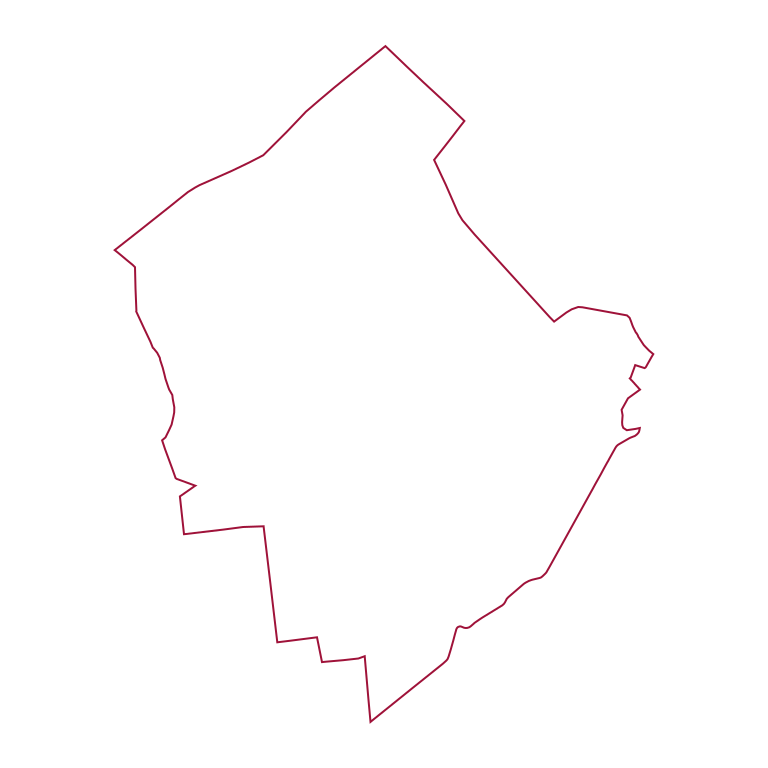 outline of Maldaeni, Teleorman, Romania
{"feature_id": "2599482B94583285003056", "entity_name": "Maldaeni", "entity_type": "district", "adm_level": 2, "iso_a3": "ROU", "parent_name": "Romania", "parent_adm1": "Teleorman", "projection": "orthographic", "projection_center": [24.922, 44.112], "detail": "fine", "context": "isolated", "style": "outline", "palette": "rose", "viewbox_px": 768, "rotation_deg": 0, "n_neighbors": 0, "source": "geoboundaries", "source_scale": "gbopen_adm2", "svg_char_len": 2941}
<svg xmlns="http://www.w3.org/2000/svg" viewBox="0 0 768 768"><path d="M179.9,496.4L184.0,534.2L186.0,534.0L223.3,529.6L243.1,527.0L263.6,526.3L263.6,526.5L270.3,582.8L277.3,642.3L289.6,640.8L317.0,637.3L322.0,662.1L323.9,661.9L327.0,661.6L343.1,660.2L358.4,658.5L364.7,656.2L368.4,698.9L370.5,721.9L373.8,719.2L412.8,687.8L443.0,663.6L446.3,660.6L447.5,659.2L447.9,658.3L448.6,656.6L450.8,649.4L453.1,641.2L453.2,640.9L454.9,634.4L456.1,630.2L456.2,629.6L456.7,628.5L457.0,628.0L457.1,627.9L457.3,627.6L458.2,626.9L458.9,626.7L459.7,626.4L460.5,626.4L461.3,626.6L463.0,627.3L463.9,627.7L464.9,627.9L465.8,628.0L467.3,627.9L468.5,627.5L469.2,627.3L470.1,626.7L470.8,626.2L473.7,623.7L473.9,623.5L474.5,622.9L479.6,619.4L482.3,617.6L502.5,605.2L503.3,604.4L504.0,603.8L505.1,602.1L506.6,599.1L506.8,598.8L507.0,598.6L507.6,597.9L508.5,597.0L522.8,584.7L524.0,583.7L525.7,582.6L527.6,581.6L528.7,581.0L529.5,580.7L531.1,580.1L532.4,579.7L539.5,578.0L540.7,577.6L541.5,577.1L542.8,576.0L545.0,573.9L546.3,572.5L547.2,570.9L550.0,566.0L550.1,565.8L566.4,536.4L590.8,492.3L592.7,488.9L593.5,487.4L595.4,483.9L598.1,479.1L600.8,474.3L603.9,468.5L607.1,462.7L608.3,460.7L608.9,459.5L613.8,450.7L614.0,450.4L615.3,448.0L616.2,446.6L617.0,445.7L617.9,444.9L619.0,444.2L629.0,438.4L630.4,437.7L633.7,436.4L634.6,436.1L635.4,435.6L636.0,435.1L636.3,434.9L636.6,434.7L637.4,433.9L638.3,432.9L638.7,432.3L639.0,431.7L639.4,430.3L639.8,428.0L635.6,428.9L626.8,430.2L623.3,427.9L622.3,425.2L622.1,422.2L622.6,415.3L621.6,409.8L628.0,398.3L640.0,389.6L639.2,388.7L638.4,387.9L637.7,387.0L636.9,386.2L636.2,385.4L635.4,384.5L634.7,383.8L634.3,383.2L633.5,382.4L632.7,381.5L631.9,380.6L631.1,379.9L630.4,379.0L629.8,378.4L630.7,377.5L634.3,367.7L635.2,365.1L644.6,368.1L645.4,367.6L646.0,366.9L646.8,365.4L651.6,356.9L653.3,354.1L649.3,350.8L648.5,350.0L645.4,346.8L643.8,345.1L642.8,343.6L638.3,336.7L637.8,335.3L636.5,333.1L635.9,332.6L633.1,327.0L632.3,325.0L631.0,321.3L629.6,317.8L627.0,315.4L582.5,307.3L578.2,307.0L571.7,309.3L566.4,312.5L554.1,321.6L549.7,317.1L474.7,234.6L462.5,220.3L458.3,213.4L445.8,184.8L434.1,159.9L447.6,142.7L453.5,135.1L460.3,126.2L464.4,121.0L446.9,104.0L423.1,82.0L406.6,66.4L394.1,54.4L385.4,46.1L356.4,69.6L334.2,87.6L319.5,100.0L305.8,111.8L304.8,112.9L286.6,132.0L263.3,155.2L249.2,162.5L231.7,170.9L199.6,185.1L195.2,187.5L188.0,192.0L178.7,199.4L169.4,206.9L137.1,232.5L125.5,241.6L114.7,250.1L117.6,252.4L121.0,255.2L126.1,259.5L132.9,265.1L135.0,267.2L135.5,288.4L136.4,310.6L136.2,311.4L140.1,319.8L143.9,328.0L150.4,341.7L152.8,347.7L153.7,348.5L157.2,352.8L159.8,357.8L160.2,360.1L162.7,367.7L164.4,374.3L165.5,378.9L168.4,387.5L169.2,389.6L172.3,395.0L172.8,399.2L174.3,407.3L174.2,412.4L173.4,416.6L171.6,424.6L168.9,430.5L165.5,437.4L162.1,440.3L165.1,449.3L172.3,468.8L175.6,478.1L176.7,478.9L195.3,485.7L194.2,486.4L192.7,487.5L180.5,496.0L179.9,496.4Z" fill="none" stroke="#9f1239" stroke-width="2"/></svg>